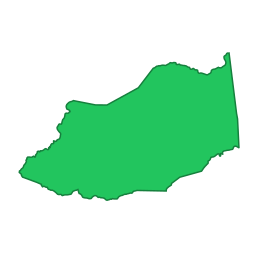 San Ignacio, Francisco Morazán, Honduras (Robinson projection), rotated 88°
{"feature_id": "27666195B25957798922682", "entity_name": "San Ignacio", "entity_type": "district", "adm_level": 2, "iso_a3": "HND", "parent_name": "Honduras", "parent_adm1": "Francisco Morazán", "projection": "robinson", "projection_center": [-87.053, 14.728], "detail": "fine", "context": "isolated", "style": "filled", "palette": "green", "viewbox_px": 256, "rotation_deg": 88, "n_neighbors": 0, "source": "geoboundaries", "source_scale": "gbopen_adm2", "svg_char_len": 5796}
<svg xmlns="http://www.w3.org/2000/svg" viewBox="0 0 256 256"><g transform="rotate(88 128 128)"><path d="M154.7,230.2L155.2,230.1L155.6,230.1L156.3,230.8L156.7,231.0L157.1,231.0L157.7,230.8L158.1,230.8L158.4,230.9L160.1,231.9L161.2,233.0L161.5,233.2L162.5,233.7L163.9,234.2L165.4,236.1L166.8,237.1L167.1,237.9L167.3,238.0L168.7,238.2L169.7,237.0L170.3,236.4L170.8,236.2L171.6,236.1L172.1,235.9L172.7,235.5L173.4,235.1L179.2,220.9L181.3,216.5L181.7,216.6L182.1,216.6L182.5,216.3L183.4,215.8L183.8,215.5L183.8,215.3L183.7,215.1L183.4,214.7L183.3,214.3L183.4,213.7L183.9,212.9L184.2,212.3L184.5,211.3L184.4,210.8L184.6,210.6L184.9,210.5L186.1,210.0L186.4,209.8L187.0,208.1L187.3,207.7L187.5,207.1L187.5,205.9L187.8,205.2L188.4,204.2L189.7,202.6L190.2,202.1L191.3,201.1L191.8,200.5L191.9,200.1L192.1,199.5L192.0,197.3L192.3,196.9L193.1,196.3L193.2,196.1L193.2,195.7L192.7,194.1L192.6,192.8L192.7,191.1L192.5,189.4L192.3,188.4L192.3,187.9L192.2,187.6L192.1,187.2L191.6,186.8L189.9,185.6L189.4,185.2L189.1,184.6L188.9,183.9L188.6,183.1L188.4,182.3L188.4,181.7L188.1,181.2L187.7,180.2L190.7,179.5L191.8,179.1L192.0,178.6L192.1,178.0L192.2,177.9L193.6,176.6L195.4,175.8L195.7,175.4L196.0,174.8L196.3,173.6L196.6,171.3L197.3,169.4L197.3,168.6L197.3,167.9L197.2,167.4L197.0,167.1L195.8,166.1L194.9,164.8L194.5,163.8L194.4,163.4L194.5,162.9L194.6,162.2L194.8,161.8L195.3,161.3L196.0,160.6L196.3,160.2L196.2,159.6L196.1,159.0L196.4,158.4L196.7,157.8L196.9,155.8L197.3,154.4L197.7,153.8L198.7,152.9L199.0,152.5L199.3,152.0L199.4,151.3L199.3,150.8L199.1,150.0L199.0,149.4L198.5,148.1L198.4,147.6L198.6,147.1L198.6,146.9L198.5,146.6L198.1,146.2L198.0,145.8L198.1,145.5L198.3,145.0L198.4,144.2L198.5,141.9L198.5,141.4L198.3,141.1L196.4,139.6L196.1,139.1L195.4,137.7L195.3,137.3L195.2,136.4L194.9,135.5L194.2,133.9L194.1,133.5L194.1,133.1L194.2,132.6L194.1,132.0L193.7,130.6L193.6,129.8L193.1,127.9L193.2,126.8L193.2,126.4L193.0,126.0L192.7,125.7L192.4,125.5L192.0,125.3L191.5,124.8L191.3,124.1L191.0,122.3L190.7,121.3L192.3,92.0L191.4,91.9L190.5,91.7L190.0,91.4L189.5,91.0L188.0,89.2L187.7,88.6L186.6,86.8L186.3,86.6L185.5,86.6L184.9,86.4L179.0,78.0L173.7,56.0L169.8,53.1L169.8,52.9L169.4,52.7L168.9,52.2L168.0,51.2L167.3,50.6L166.2,49.3L165.8,49.2L165.4,49.1L164.4,49.2L163.8,49.0L163.6,48.8L163.5,48.3L163.2,47.8L162.7,47.3L162.1,46.9L160.6,46.3L160.3,46.2L160.2,45.9L160.0,45.2L159.9,43.9L159.6,43.0L159.2,42.2L157.3,39.7L157.0,39.1L157.0,38.8L157.0,38.4L157.2,38.0L157.7,37.8L158.9,37.5L159.3,37.1L159.3,36.7L159.2,36.6L159.0,36.4L157.0,36.4L156.8,36.4L156.7,36.1L156.8,35.1L157.1,35.1L157.3,34.9L157.4,34.6L157.4,34.3L156.2,34.4L155.6,34.3L155.1,34.1L154.6,33.5L154.2,32.5L154.0,30.8L153.8,30.1L153.6,27.6L153.3,26.6L153.0,24.5L152.9,24.2L152.7,24.0L150.8,23.1L150.2,22.5L149.9,21.9L149.9,21.6L149.9,21.2L150.2,20.2L151.1,18.7L151.4,18.2L151.6,18.0L152.0,17.8L122.7,18.2L117.4,19.0L56.6,24.4L56.7,25.0L56.6,25.9L56.8,26.4L57.1,26.8L58.3,27.4L59.0,28.4L59.5,29.2L59.9,29.5L60.7,29.6L62.1,29.4L62.9,29.1L63.8,28.5L64.6,28.2L65.7,27.9L66.4,27.9L67.1,28.1L68.1,28.5L68.6,28.8L68.9,29.3L70.0,31.2L70.8,32.2L71.1,32.8L71.1,33.5L70.9,34.9L70.8,35.1L70.5,35.6L71.1,36.8L71.9,38.4L72.2,39.6L72.3,40.8L72.8,41.9L73.1,42.3L73.4,42.6L74.0,42.8L75.1,43.0L75.5,43.2L75.7,43.4L76.1,43.8L76.6,44.9L77.2,45.9L77.6,46.7L77.6,47.2L77.5,47.7L76.4,50.5L75.7,52.5L75.6,53.5L75.8,54.7L75.7,55.3L75.4,55.7L75.0,55.9L74.4,56.2L72.9,56.4L72.7,56.5L72.5,56.8L72.3,57.4L72.3,58.4L72.2,58.9L72.0,59.2L70.9,60.3L70.8,60.6L70.8,61.0L71.4,62.0L71.5,62.9L71.4,63.3L71.2,63.6L70.9,63.9L69.6,64.4L69.2,66.0L68.0,67.7L67.5,69.7L67.4,70.9L67.0,72.3L67.0,72.9L67.0,73.2L66.8,73.6L66.2,74.1L66.0,74.5L66.3,76.4L66.3,76.9L66.2,77.3L66.1,77.5L65.9,77.6L64.8,77.8L64.4,78.2L64.3,78.7L64.2,79.4L64.2,80.3L64.3,80.6L64.5,81.1L64.5,81.3L64.5,82.1L64.2,83.0L64.2,83.3L64.3,83.6L64.5,84.0L65.5,85.2L65.8,86.3L66.5,87.4L66.7,87.9L66.8,88.3L66.7,88.9L66.4,91.0L66.6,92.7L66.8,93.2L67.0,93.7L67.0,94.2L66.8,94.7L66.9,95.2L67.2,96.2L67.2,96.9L67.4,97.4L68.7,99.2L68.9,99.7L69.0,100.3L69.2,100.7L88.2,116.3L104.3,148.2L103.8,159.7L98.7,181.7L99.1,182.3L99.4,182.9L99.7,184.3L100.1,185.7L101.2,187.1L102.4,188.3L102.8,188.5L103.4,188.8L104.2,189.0L104.7,189.0L105.3,188.9L106.8,188.5L107.2,188.0L107.6,186.9L108.3,186.0L108.6,185.7L109.0,185.5L109.4,185.4L109.7,185.4L109.8,185.6L109.9,186.0L110.9,186.8L111.1,187.2L111.1,188.3L111.0,188.9L111.2,189.8L111.4,190.1L111.9,190.4L114.1,190.8L115.9,191.5L116.3,191.7L116.5,192.1L116.7,192.3L117.5,193.0L119.0,193.5L121.2,194.1L121.6,194.3L121.8,194.4L121.8,194.6L121.7,195.5L121.6,196.2L121.7,196.6L121.8,196.8L122.2,197.2L122.8,197.4L124.3,198.5L124.9,198.8L125.4,198.9L126.0,198.8L126.5,198.7L127.1,198.5L129.1,197.2L130.7,195.8L131.0,195.6L132.0,195.5L133.0,195.8L133.9,195.9L134.8,196.1L135.7,196.5L136.3,196.8L136.7,197.3L137.3,199.1L138.4,199.9L138.7,200.2L138.8,201.6L138.7,201.9L138.2,202.5L138.3,202.8L138.6,202.9L139.5,202.7L140.2,202.7L140.7,203.0L141.0,203.3L141.0,203.5L140.9,203.8L140.9,204.2L141.1,204.7L141.4,205.1L142.4,205.8L143.2,206.0L143.7,206.5L143.9,206.9L144.8,206.6L145.0,207.1L144.9,207.7L144.9,207.9L145.0,208.0L145.4,208.0L146.2,208.0L146.5,208.2L146.7,208.4L146.8,208.7L146.8,209.1L146.5,209.6L145.9,210.6L145.8,210.9L145.8,211.2L145.9,211.5L146.1,211.9L147.1,213.2L147.5,213.9L147.8,215.1L147.8,215.6L147.7,216.3L147.8,216.6L148.1,216.8L148.5,216.8L148.7,217.0L148.7,217.3L148.6,217.5L148.1,218.3L148.0,218.5L148.1,218.8L148.3,219.2L148.6,219.5L149.6,219.6L150.6,220.2L151.9,221.4L152.1,221.4L152.5,221.2L152.8,221.3L153.2,221.7L153.6,221.8L153.8,221.9L153.8,222.1L153.7,222.4L153.5,222.7L153.0,223.1L152.9,223.4L153.1,223.9L153.7,224.8L153.8,225.2L153.8,226.4L153.6,227.4L153.6,229.3L153.8,229.5L154.6,229.9L154.7,230.2Z" fill="#22c55e" stroke="#15803d" stroke-width="1.5"/></g></svg>